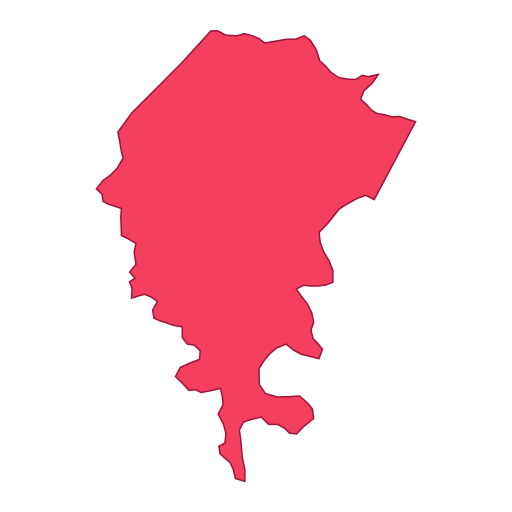 Frei Rogério, Santa Catarina, Brazil
{"feature_id": "56859067B51954921272382", "entity_name": "Frei Rogério", "entity_type": "district", "adm_level": 2, "iso_a3": "BRA", "parent_name": "Brazil", "parent_adm1": "Santa Catarina", "projection": "robinson", "projection_center": [-50.763, -27.212], "detail": "fine", "context": "isolated", "style": "filled", "palette": "rose", "viewbox_px": 512, "rotation_deg": 0, "n_neighbors": 0, "source": "geoboundaries", "source_scale": "gbopen_adm2", "svg_char_len": 2000}
<svg xmlns="http://www.w3.org/2000/svg" viewBox="0 0 512 512"><path d="M244.9,481.3L244.9,470.0L242.3,457.5L241.3,446.4L240.7,439.5L239.4,430.1L243.3,422.2L251.7,419.3L261.3,417.1L268.7,424.4L277.6,424.4L284.5,428.2L289.5,433.2L296.6,433.9L303.1,427.0L313.7,418.5L312.4,409.0L307.5,403.0L299.5,396.0L288.4,396.7L277.7,397.0L265.4,393.6L259.3,384.5L259.1,377.1L259.1,368.4L264.2,360.5L269.7,353.8L276.5,348.0L286.1,344.1L293.5,350.1L301.1,354.2L308.9,356.1L319.0,358.7L322.4,349.2L317.5,343.2L313.0,338.4L311.0,330.2L313.7,322.1L311.8,312.9L307.3,303.8L300.5,295.1L296.3,289.1L303.4,285.3L311.0,286.0L317.9,286.0L325.9,285.0L332.9,282.2L332.9,270.7L329.1,260.8L323.7,251.9L320.2,242.4L319.1,232.3L327.6,223.6L333.6,216.1L339.1,209.2L344.9,205.3L351.0,201.9L357.1,198.4L365.8,195.3L374.2,199.6L415.6,121.6L408.1,119.4L399.8,116.5L392.1,116.8L383.8,114.6L376.7,113.4L370.9,109.6L366.4,104.4L360.6,99.2L363.9,90.8L372.8,82.6L378.3,74.4L368.4,76.6L362.2,75.4L355.8,79.5L348.0,79.1L338.7,77.6L331.0,72.3L325.0,65.6L319.8,60.8L316.2,49.5L310.4,40.4L304.3,35.8L295.4,39.2L286.6,39.2L274.8,41.3L264.8,43.0L258.7,38.5L251.9,35.6L244.5,33.7L236.8,35.8L225.6,35.1L217.5,30.7L210.8,31.0L180.9,63.8L131.4,113.4L117.9,132.1L119.8,142.0L121.2,150.6L123.0,158.2L116.9,168.6L109.6,175.8L103.1,180.4L96.4,189.0L102.1,194.3L103.1,201.5L108.9,204.4L114.8,206.3L121.4,208.5L120.8,217.2L121.2,227.9L121.4,235.6L127.2,238.3L136.0,243.5L134.1,251.9L136.0,264.4L129.6,272.1L135.0,278.3L129.6,281.6L132.1,289.4L131.5,298.2L138.6,295.9L144.6,294.3L151.1,297.0L157.5,301.4L152.7,310.1L153.9,318.1L159.8,320.8L165.5,322.5L173.9,325.5L182.2,326.8L182.3,337.6L187.3,344.1L194.2,345.1L200.2,350.8L199.6,359.3L189.6,363.1L180.3,367.4L175.5,376.6L182.9,383.8L188.9,390.3L195.7,389.8L201.2,392.5L211.2,390.6L220.5,388.4L222.4,396.7L223.1,404.6L218.2,414.0L223.4,424.1L225.9,433.5L225.0,442.9L218.9,446.2L219.9,453.4L224.6,458.0L230.1,462.5L233.3,469.6L235.5,478.6L244.9,481.3Z" fill="#f43f5e" stroke="#9f1239" stroke-width="1.5"/></svg>